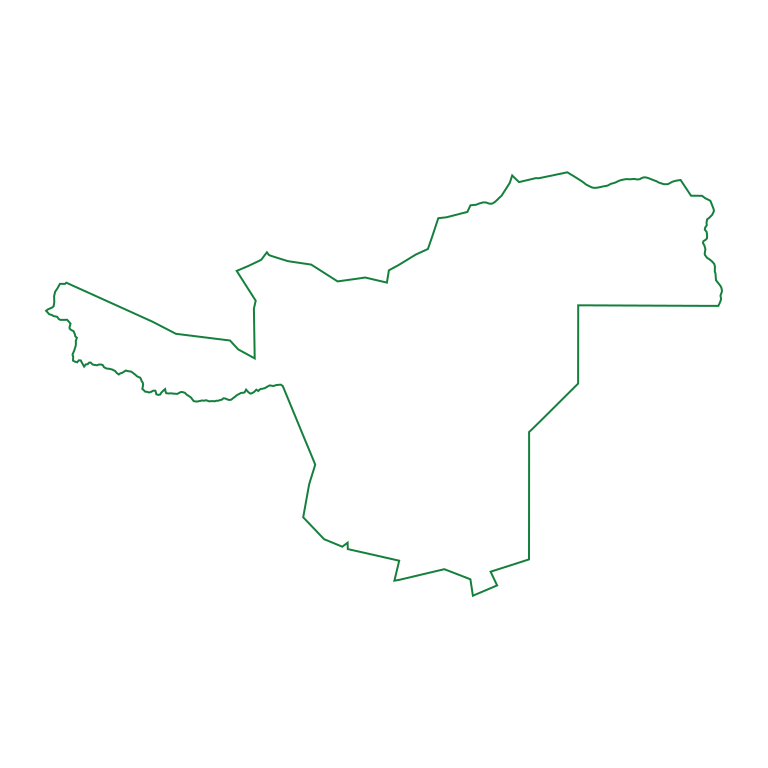 the district of São Miguel do Tapuio, Piauí, Brazil
{"feature_id": "56859067B9412827275666", "entity_name": "São Miguel do Tapuio", "entity_type": "district", "adm_level": 2, "iso_a3": "BRA", "parent_name": "Brazil", "parent_adm1": "Piauí", "projection": "mercator", "projection_center": [-41.588, -5.786], "detail": "fine", "context": "isolated", "style": "outline", "palette": "green", "viewbox_px": 768, "rotation_deg": 0, "n_neighbors": 0, "source": "geoboundaries", "source_scale": "gbopen_adm2", "svg_char_len": 3930}
<svg xmlns="http://www.w3.org/2000/svg" viewBox="0 0 768 768"><path d="M46.1,310.8L49.2,314.2L51.8,315.0L53.6,316.1L57.2,316.8L58.7,319.0L60.4,319.9L67.2,319.8L70.5,323.6L69.5,327.2L69.7,328.7L71.2,330.0L73.5,331.1L75.0,334.6L75.3,336.3L76.9,337.8L75.8,340.9L75.9,344.3L75.6,346.1L74.2,350.6L72.5,354.6L73.2,356.9L73.0,360.6L75.0,361.7L77.1,362.3L78.9,360.3L80.9,360.5L81.5,362.0L82.4,363.5L84.1,366.6L85.8,364.4L87.7,364.2L89.0,362.7L90.6,362.5L92.6,364.5L94.8,365.0L96.8,365.3L99.1,364.5L100.9,364.5L102.7,365.0L103.9,367.1L106.1,368.4L109.2,368.8L112.2,369.5L115.1,371.0L116.9,373.1L118.8,374.5L120.2,373.4L122.3,372.8L123.9,371.7L125.9,370.5L127.7,371.1L131.1,371.6L133.1,373.0L135.3,374.7L136.9,376.2L138.4,377.0L140.2,377.7L141.2,379.6L141.7,381.3L142.7,382.5L143.1,384.4L142.8,386.8L142.3,388.9L144.0,390.4L145.2,391.7L147.0,391.8L148.9,392.5L151.1,391.9L153.1,390.7L155.3,390.7L155.9,392.2L156.3,394.3L158.3,394.9L160.2,394.5L161.3,392.6L162.5,391.5L163.6,390.3L165.1,389.1L165.5,391.3L166.2,393.2L168.8,393.5L171.2,393.3L173.0,393.6L174.9,393.7L177.3,393.9L179.5,392.7L180.9,392.0L182.8,392.1L185.0,392.9L186.6,394.6L188.8,396.0L190.9,397.4L192.3,399.3L193.7,401.1L195.3,401.4L196.9,401.6L199.2,401.1L202.1,400.5L204.3,400.7L206.0,400.2L207.4,400.7L208.9,401.3L210.8,401.2L212.7,401.1L214.7,401.3L216.2,400.7L218.0,400.8L219.6,400.2L221.7,399.7L223.5,398.3L225.4,398.5L226.8,399.2L228.7,399.9L230.7,399.9L232.0,399.1L233.3,398.0L235.2,396.6L236.8,395.2L238.7,394.2L241.1,392.9L242.9,392.8L244.6,392.4L246.1,389.6L248.5,392.3L250.3,393.6L252.2,393.1L254.2,391.9L256.3,389.7L258.3,391.0L259.4,389.8L260.7,389.0L262.6,388.7L264.9,388.1L267.4,386.6L269.7,385.4L273.3,386.0L276.2,385.1L278.8,384.8L280.9,384.7L282.8,386.1L305.9,442.1L311.5,455.5L315.2,464.6L314.0,468.7L310.3,480.5L309.1,484.6L303.2,517.3L324.1,539.2L342.3,546.7L347.6,542.7L347.8,549.1L399.2,560.7L394.4,580.7L399.0,579.9L444.3,569.2L457.3,574.2L470.4,579.3L472.9,595.7L497.1,585.4L490.6,571.7L529.0,559.4L529.1,462.3L529.1,460.7L529.1,432.0L531.9,429.4L544.0,417.5L562.4,399.2L563.8,397.8L578.1,383.6L578.2,314.6L578.2,305.3L689.6,305.8L718.3,305.9L719.5,303.5L720.8,300.2L721.0,298.6L720.5,295.6L721.9,291.6L721.8,289.4L721.2,287.3L720.3,285.7L716.0,280.2L715.8,278.1L715.5,273.5L714.8,271.4L714.9,266.2L714.1,263.7L711.6,261.0L708.7,258.8L707.1,257.9L704.9,254.9L704.7,253.4L705.4,249.2L704.5,245.8L702.9,242.8L703.5,241.1L705.5,239.9L706.9,238.5L707.1,236.3L706.7,232.0L704.8,229.6L705.2,227.5L706.8,225.2L706.5,222.9L707.1,219.4L709.0,218.0L712.2,214.8L713.9,211.2L713.7,209.3L711.0,202.3L710.3,200.8L708.9,200.0L705.2,198.2L702.0,195.8L691.0,195.7L680.6,180.0L676.1,180.7L672.2,181.8L669.4,183.4L667.7,184.2L663.9,184.2L660.5,183.1L658.2,182.3L656.5,181.2L654.9,180.7L652.1,179.6L649.1,178.4L646.4,177.5L644.0,177.3L641.6,178.1L640.0,179.1L638.5,179.4L636.6,179.4L634.4,178.9L632.1,179.1L630.0,179.3L627.2,179.1L624.8,179.3L621.0,180.1L618.7,180.9L615.7,182.4L613.6,183.1L610.6,183.9L608.5,185.2L606.8,185.8L603.8,186.3L597.8,187.6L594.6,187.9L592.1,187.5L588.9,186.0L586.0,184.5L583.8,182.7L581.4,181.0L578.4,179.1L573.6,176.1L567.3,172.3L538.6,178.3L535.9,178.1L519.0,182.1L512.2,175.5L509.7,183.0L501.5,195.8L499.9,197.2L498.0,199.1L495.1,201.8L492.8,203.3L491.2,203.8L488.7,203.5L486.2,202.5L483.1,202.4L478.9,203.6L476.3,204.7L470.5,205.3L469.2,208.0L467.4,211.9L446.4,217.3L438.3,218.2L432.3,236.3L427.9,249.0L415.7,254.6L398.7,265.0L388.9,270.3L386.9,282.6L365.1,277.5L358.6,278.5L337.6,281.4L311.2,264.6L290.2,261.5L287.4,261.0L277.5,257.9L274.7,257.0L272.5,256.3L269.0,255.1L266.9,252.3L261.3,259.7L259.2,260.8L248.5,265.9L236.7,270.9L242.1,279.4L255.7,300.7L253.9,308.6L254.7,358.4L238.2,349.4L233.4,344.2L230.0,340.5L213.7,338.5L175.9,333.8L152.9,321.9L136.4,314.4L66.3,282.7L65.0,283.9L59.9,283.9L57.5,288.3L55.2,291.6L54.1,296.1L54.3,302.1L53.6,306.3L52.2,307.5L47.7,309.5L46.1,310.8Z" fill="none" stroke="#15803d" stroke-width="2"/></svg>